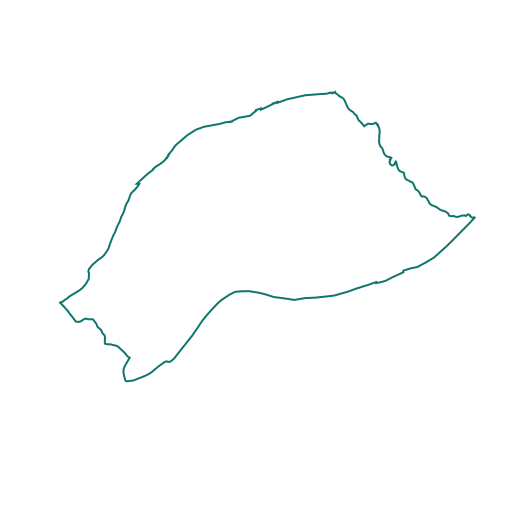 Salamina, Magdalena, Colombia, rotated 222°
{"feature_id": "7082276B98588202039257", "entity_name": "Salamina", "entity_type": "district", "adm_level": 2, "iso_a3": "COL", "parent_name": "Colombia", "parent_adm1": "Magdalena", "projection": "equal_earth", "projection_center": [-74.703, 10.525], "detail": "fine", "context": "isolated", "style": "outline", "palette": "teal", "viewbox_px": 512, "rotation_deg": 222, "n_neighbors": 0, "source": "geoboundaries", "source_scale": "gbopen_adm2", "svg_char_len": 5934}
<svg xmlns="http://www.w3.org/2000/svg" viewBox="0 0 512 512"><g transform="rotate(222 256 256)"><path d="M119.1,431.6L119.7,430.5L120.4,429.7L121.0,429.2L122.3,428.9L123.5,428.9L123.6,429.3L125.6,429.3L126.3,428.9L126.9,426.0L127.4,426.1L128.1,425.8L129.8,424.0L130.6,422.9L131.7,420.8L132.2,419.9L134.6,418.4L136.0,418.0L136.4,417.4L137.6,416.2L139.0,415.4L139.4,415.2L139.7,415.2L139.9,415.3L141.0,415.9L142.1,416.2L142.6,416.2L144.6,415.8L146.3,415.3L147.9,414.4L150.6,413.5L152.3,413.4L154.4,413.2L159.6,411.3L162.4,411.2L164.5,412.2L166.3,412.6L167.3,413.1L168.8,413.3L170.3,412.9L171.3,412.5L172.1,411.6L172.7,411.2L173.1,411.1L174.4,411.4L177.0,412.5L178.0,412.6L179.1,412.9L182.4,412.4L183.2,413.1L188.5,415.3L194.3,413.8L195.2,413.5L196.1,413.4L197.7,413.9L199.0,414.6L201.3,416.4L202.0,416.7L202.6,416.7L203.8,415.9L205.5,415.5L206.0,415.3L206.3,415.3L207.4,415.4L210.0,416.5L212.3,417.7L212.9,418.4L214.5,419.6L215.4,419.7L214.8,417.7L214.5,416.8L214.6,416.1L214.7,415.4L215.1,414.7L215.9,414.1L216.4,414.0L217.0,414.2L217.5,414.1L218.1,414.3L218.4,414.3L219.2,414.9L219.9,415.7L220.0,415.7L220.2,416.4L220.4,416.7L220.4,417.3L221.0,417.3L221.1,418.2L221.0,418.8L221.0,419.5L221.5,419.5L224.9,417.8L225.9,417.4L226.5,417.4L228.0,417.5L229.4,417.9L229.9,418.1L234.3,420.6L235.0,420.7L236.9,420.7L239.3,422.0L240.3,422.6L241.6,423.9L243.7,426.6L245.2,428.3L245.5,428.9L248.0,431.9L249.4,433.0L250.7,433.8L252.1,434.4L253.2,435.0L254.0,435.7L253.6,434.6L255.2,435.1L255.2,435.3L256.0,435.6L256.0,435.9L256.6,434.1L257.1,433.0L257.8,431.9L258.8,431.0L259.4,430.7L259.8,430.4L260.2,430.0L261.3,429.4L262.4,424.8L266.4,425.5L267.7,425.4L268.3,425.7L268.7,425.6L270.1,425.5L271.0,425.7L271.9,426.1L272.6,426.3L274.9,427.6L277.5,427.5L280.7,427.9L281.8,427.6L283.6,427.3L286.5,427.5L287.9,428.0L292.3,430.0L294.1,430.8L295.4,431.2L295.8,431.4L297.3,431.4L297.9,431.3L299.0,431.1L299.4,430.9L300.3,430.9L301.0,430.5L302.5,430.6L303.1,430.6L304.1,430.5L304.6,430.5L305.2,430.3L305.9,430.4L306.2,430.3L306.5,430.4L306.8,430.6L306.8,430.3L307.9,428.4L308.3,428.8L308.8,428.1L309.1,427.9L309.3,427.5L309.3,427.4L309.5,427.1L310.0,426.7L310.3,426.9L311.4,424.9L312.0,424.1L314.0,421.9L315.3,420.7L326.8,408.6L327.4,407.8L332.3,400.9L333.3,399.5L337.1,394.2L337.8,393.2L342.5,384.3L343.2,384.9L343.7,383.7L343.9,382.9L344.1,383.1L344.2,382.8L344.1,382.6L345.0,381.3L344.9,381.2L345.2,380.7L345.4,380.9L345.7,380.3L345.7,380.2L345.3,379.8L346.0,378.1L349.7,369.2L350.2,368.2L351.0,369.1L352.1,367.2L353.7,364.3L353.2,363.7L353.3,363.4L353.1,363.1L353.5,362.1L353.6,361.4L354.1,356.8L354.4,356.1L361.3,347.2L361.8,346.1L362.5,344.1L363.1,342.9L363.7,341.1L363.9,340.7L364.1,340.6L364.0,340.4L363.7,340.0L365.1,338.0L365.4,338.2L366.2,337.0L367.6,335.6L368.3,334.7L370.8,330.8L371.5,329.7L381.2,317.1L384.8,310.3L385.4,308.8L387.8,300.2L389.7,285.8L389.8,284.0L389.8,282.9L389.2,279.4L389.0,277.0L388.9,274.8L388.8,273.1L389.0,273.1L388.9,272.2L388.4,272.1L388.1,272.0L388.1,270.9L388.3,269.2L388.2,269.2L387.7,269.1L387.9,267.7L388.0,265.1L388.2,263.8L388.2,263.6L388.3,262.6L388.6,261.8L388.5,261.6L389.1,259.3L389.2,259.0L389.8,256.7L390.0,255.9L390.0,255.7L390.4,254.7L390.6,252.1L390.3,252.1L390.3,251.2L390.6,249.0L391.6,243.7L392.9,229.8L392.3,230.2L391.0,231.4L390.6,229.4L390.5,227.8L390.4,226.5L390.4,225.1L390.5,223.0L390.6,221.8L390.7,219.2L390.5,218.3L390.4,217.8L388.5,213.1L388.1,212.4L387.8,211.2L387.5,209.5L387.1,207.5L386.1,205.1L385.2,203.3L384.4,201.8L383.7,200.0L382.9,197.4L382.6,196.3L382.6,196.0L382.1,194.4L380.4,190.5L380.1,189.6L379.7,187.9L378.6,184.2L378.2,183.3L378.1,182.8L377.6,181.8L377.0,180.2L376.4,178.4L375.9,176.1L374.0,170.8L373.7,170.1L372.5,166.8L372.3,166.4L371.7,165.6L371.5,164.6L370.9,163.5L370.3,161.4L370.1,160.2L369.9,158.9L369.6,155.7L369.5,154.5L369.5,153.7L369.8,151.6L370.1,150.0L370.4,149.2L370.9,146.5L371.7,139.8L371.7,139.1L371.7,138.2L371.4,136.4L371.5,135.9L371.4,134.8L371.0,133.7L370.5,132.7L370.0,132.1L369.9,132.0L369.2,131.9L368.7,131.6L366.4,128.8L365.7,128.0L365.3,127.6L364.8,126.6L364.6,125.2L364.1,123.2L363.7,120.5L363.7,117.9L363.6,117.2L363.6,116.3L363.8,115.0L363.9,114.6L364.1,113.0L364.4,111.7L365.0,110.1L365.3,108.6L365.6,107.6L365.8,107.2L366.3,105.3L366.6,104.7L367.0,103.0L367.5,101.3L367.7,100.4L367.8,99.7L367.9,98.6L368.0,97.7L368.6,96.0L368.8,95.0L368.9,94.0L369.0,93.5L369.1,92.9L369.2,92.4L369.4,91.9L369.7,91.5L370.3,90.9L370.4,90.7L370.4,90.2L369.5,90.2L363.9,89.8L360.4,89.3L359.5,89.3L358.4,89.1L357.2,88.8L356.1,88.5L352.6,88.0L346.6,86.8L346.3,86.8L345.8,86.8L344.1,88.1L343.1,89.1L343.0,89.3L342.4,90.5L342.1,91.6L341.7,93.5L341.0,94.9L340.7,95.5L340.4,95.7L338.5,96.7L338.0,97.0L335.2,99.6L334.9,99.8L334.4,99.8L333.8,99.7L332.4,99.4L331.2,99.2L329.3,98.8L326.3,97.3L325.9,97.2L323.4,97.4L321.9,97.4L321.2,97.2L319.0,96.2L317.7,95.8L317.1,95.7L315.8,95.8L315.0,95.4L314.4,95.0L314.0,94.7L310.2,90.2L309.8,89.9L309.6,89.9L309.2,89.9L308.7,90.2L306.6,91.5L305.3,92.9L304.7,93.2L302.2,94.4L301.6,94.8L300.1,95.7L298.6,96.3L297.6,96.3L288.7,96.2L288.1,96.1L286.5,95.7L284.4,95.5L283.2,95.5L281.8,95.9L280.9,91.3L279.8,86.2L278.8,83.6L277.6,81.8L275.0,79.5L269.9,76.1L268.3,76.3L264.2,81.0L263.2,82.6L262.2,84.7L259.1,90.9L257.7,94.0L256.6,97.0L256.1,98.9L255.6,101.4L254.7,108.2L253.0,116.0L252.0,117.9L250.4,118.5L249.4,119.5L248.7,121.4L248.4,123.8L248.3,126.3L248.6,129.2L250.1,153.8L251.7,165.9L252.2,169.0L252.7,172.9L253.0,181.7L253.0,187.7L252.8,195.8L252.2,200.3L249.7,209.9L247.5,215.5L243.3,219.9L237.8,225.1L230.3,230.0L223.6,233.7L215.3,237.4L206.7,243.4L198.1,249.0L191.4,257.5L184.2,264.6L179.5,269.8L174.2,275.7L171.1,279.4L163.4,291.7L160.0,298.3L152.5,311.0L149.3,317.0L148.5,316.3L145.0,321.2L143.0,324.5L139.9,332.6L135.6,342.5L136.7,343.5L135.9,345.1L132.6,350.6L128.7,355.8L125.4,365.1L122.7,374.0L120.9,390.5L120.4,399.0L120.0,407.9L119.3,423.1L119.2,428.8L119.1,431.6Z" fill="none" stroke="#0f766e" stroke-width="2"/></g></svg>